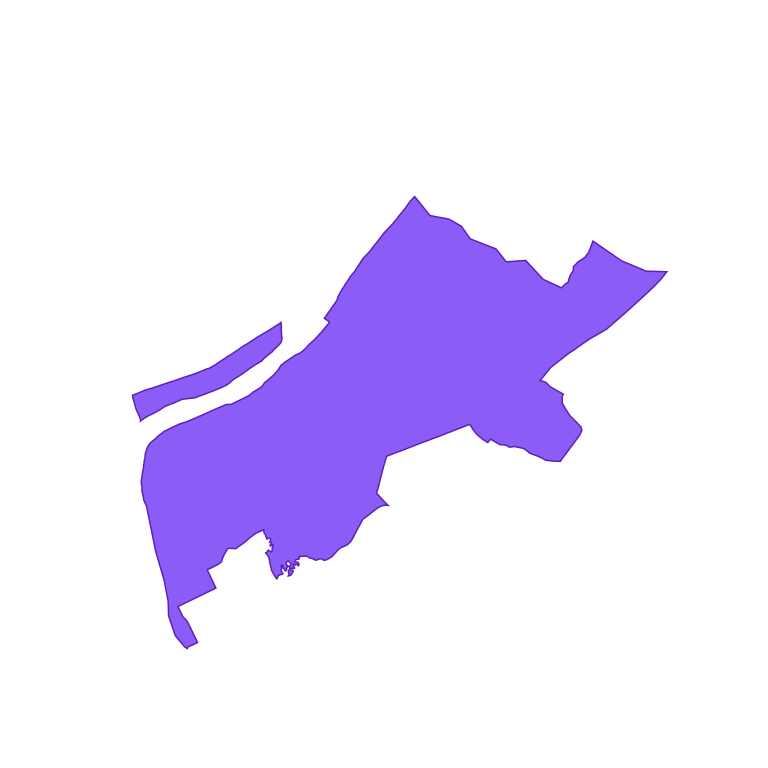 the district of Yangon (West), Yangon, Myanmar, rotated 62°
{"feature_id": "60261553B21361013305345", "entity_name": "Yangon (West)", "entity_type": "district", "adm_level": 2, "iso_a3": "MMR", "parent_name": "Myanmar", "parent_adm1": "Yangon", "projection": "natural_earth1", "projection_center": [96.146, 16.837], "detail": "fine", "context": "isolated", "style": "filled", "palette": "violet", "viewbox_px": 768, "rotation_deg": 62, "n_neighbors": 0, "source": "geoboundaries", "source_scale": "gbopen_adm2", "svg_char_len": 6167}
<svg xmlns="http://www.w3.org/2000/svg" viewBox="0 0 768 768"><g transform="rotate(62 384 384)"><path d="M417.7,81.6L407.4,99.6L386.5,116.6L355.9,132.4L363.6,141.1L366.6,147.3L367.2,155.0L369.4,161.7L370.6,162.5L371.7,163.0L373.3,164.4L374.3,166.7L375.6,168.7L377.7,171.0L379.5,172.7L380.6,173.5L380.8,176.7L381.4,179.0L382.4,182.1L366.4,194.3L341.4,200.9L333.5,218.7L317.3,221.7L296.4,239.7L281.1,241.6L269.0,249.2L256.9,264.3L232.9,268.9L235.3,276.0L236.5,278.1L237.1,279.5L238.8,282.7L239.6,284.7L242.8,292.3L244.2,295.0L247.6,303.8L248.6,307.2L250.8,313.4L254.5,321.4L257.3,328.1L259.9,333.5L261.2,337.1L263.1,343.0L263.6,344.2L264.3,345.5L266.4,349.0L269.3,354.5L270.9,357.1L272.7,361.7L273.6,363.8L275.6,367.1L277.8,371.4L279.2,373.7L281.2,377.4L285.2,383.5L286.9,385.1L288.3,386.8L291.1,392.2L291.8,393.8L293.1,396.2L294.7,399.4L298.0,405.9L303.7,403.0L304.5,404.4L308.6,414.2L311.9,423.7L313.6,430.2L314.5,433.3L315.6,436.0L316.8,440.7L317.0,441.9L317.2,443.7L316.9,449.3L317.2,451.4L318.2,461.1L319.2,466.3L321.6,470.3L324.1,476.6L325.0,480.5L325.8,483.4L326.2,485.7L326.9,489.2L327.9,490.9L329.1,493.5L329.8,503.9L330.8,508.3L330.7,514.9L330.1,528.9L328.1,532.7L327.0,544.9L325.9,561.5L325.7,563.0L325.6,565.6L324.7,575.6L323.4,582.7L322.8,593.2L322.8,596.9L322.6,600.1L323.9,607.9L325.1,611.9L326.1,617.3L327.6,620.6L329.2,623.1L331.1,625.0L331.9,626.0L333.4,627.4L338.3,630.6L338.8,631.5L341.1,632.9L342.6,634.2L345.0,635.6L346.2,636.7L349.6,639.4L352.9,641.7L355.7,643.9L358.3,645.2L361.8,646.1L363.4,647.4L365.9,648.2L371.0,649.6L374.0,650.6L380.6,651.1L424.7,664.2L454.3,670.3L474.8,676.7L487.7,683.1L508.2,686.4L522.4,683.5L525.8,681.8L524.2,681.8L524.7,670.0L502.1,669.1L498.8,669.6L495.1,670.8L493.5,670.8L483.7,670.4L485.3,628.3L480.5,628.0L467.1,627.4L464.9,627.1L465.2,624.7L465.4,616.7L465.3,614.7L464.7,610.9L462.8,609.2L461.1,607.3L459.5,605.0L455.9,599.4L456.1,598.4L459.7,592.3L458.3,580.9L456.9,575.4L455.7,567.9L455.7,565.9L456.2,559.5L456.2,558.6L457.7,559.3L459.8,559.9L460.7,559.5L461.7,559.4L462.3,559.7L463.3,559.9L464.9,559.9L465.8,560.3L466.0,559.7L465.9,558.8L466.0,557.8L467.2,557.1L468.0,556.9L468.7,557.5L469.6,558.8L470.1,559.3L470.5,558.4L471.8,558.0L472.3,558.9L472.5,559.8L473.0,560.3L473.7,560.3L473.8,559.7L473.2,559.0L473.2,558.1L473.9,557.4L474.6,557.6L475.0,558.2L475.4,558.9L476.0,559.5L477.3,560.1L478.2,560.7L479.4,561.9L479.5,562.5L479.1,562.8L478.3,562.8L477.7,563.6L477.2,563.9L476.5,564.1L476.5,564.9L477.2,565.7L477.7,566.5L477.5,567.7L478.5,567.7L480.6,567.1L481.3,567.1L483.3,567.2L485.0,567.6L487.8,568.6L489.3,569.0L495.4,570.6L496.3,570.7L497.1,570.8L502.5,570.6L505.1,570.3L505.8,570.0L505.2,569.4L504.5,568.1L503.9,567.8L503.4,567.0L503.8,565.7L503.5,565.0L504.4,563.2L503.8,562.2L503.2,562.1L501.5,562.5L500.8,562.5L500.2,562.1L499.6,562.0L499.0,561.3L498.6,560.7L496.5,560.5L496.2,559.9L496.7,559.5L496.5,558.8L498.4,559.1L498.8,559.6L500.4,558.7L500.9,559.0L501.6,559.2L502.2,559.1L502.8,558.7L502.9,557.9L501.8,556.7L501.0,556.7L500.2,555.8L500.2,555.0L500.3,554.2L499.7,554.1L498.9,554.8L498.0,554.8L496.1,554.4L495.6,553.8L495.2,552.4L495.4,551.5L497.4,550.9L498.8,550.7L499.3,550.5L500.1,551.4L500.4,552.2L500.6,553.5L501.1,553.2L501.8,553.2L502.7,554.0L503.7,555.3L504.9,556.7L505.7,556.9L506.3,556.8L506.8,557.1L507.5,557.4L508.5,558.7L508.7,558.1L509.1,556.3L508.6,555.0L508.2,554.3L507.2,552.8L506.6,552.0L505.9,552.2L505.3,552.8L504.7,553.2L504.1,552.9L503.6,552.1L503.4,551.3L504.3,550.9L504.7,550.1L504.8,549.5L504.2,549.2L501.7,549.2L501.0,548.8L500.5,548.1L500.9,547.5L501.5,547.3L502.2,547.3L502.1,546.3L502.8,545.4L503.5,545.1L504.1,545.2L504.3,544.6L503.7,544.1L502.9,543.6L502.0,543.5L501.0,543.7L500.4,544.6L499.2,545.7L498.6,545.9L497.7,545.1L497.7,544.2L498.0,543.1L498.5,542.2L498.7,541.5L498.3,540.8L497.8,540.5L497.1,540.3L496.5,540.1L496.7,539.2L497.8,537.2L499.6,533.2L500.1,532.7L502.9,531.1L504.3,529.3L507.4,527.1L507.8,526.3L508.0,525.3L508.0,524.0L508.3,522.9L508.9,521.4L509.5,520.8L511.1,520.1L511.6,519.6L512.0,518.3L512.3,516.7L512.3,515.2L512.0,511.0L509.3,503.5L508.4,500.6L508.3,499.6L508.3,498.7L508.7,493.8L508.7,492.1L508.6,491.1L507.6,487.9L507.3,487.0L506.8,486.1L505.4,483.8L501.4,478.1L496.2,470.2L493.5,466.3L493.0,462.4L490.9,450.8L490.5,448.1L490.4,445.1L490.6,443.0L491.3,440.5L492.4,438.2L493.0,437.4L488.9,438.7L476.7,441.9L473.1,438.0L468.3,433.8L457.1,423.5L449.1,415.7L449.9,408.0L451.1,399.4L452.9,384.1L453.8,376.2L454.3,373.6L454.9,367.9L455.3,365.1L455.9,361.4L456.5,355.6L459.6,329.5L460.1,327.1L464.4,326.9L467.9,326.5L471.8,325.7L474.9,324.6L477.7,323.4L479.5,322.7L484.4,319.9L482.8,315.8L492.0,310.1L493.5,307.5L494.5,306.2L495.8,304.6L498.4,303.2L499.3,301.5L500.3,298.4L502.8,295.3L506.2,291.3L508.6,289.7L513.1,288.0L516.5,285.2L518.7,283.1L521.9,280.5L527.2,277.0L531.7,270.6L535.1,264.6L534.7,264.1L521.2,235.5L517.8,231.0L514.3,230.3L509.1,231.7L499.4,234.7L491.6,235.4L484.6,235.6L479.0,232.8L477.1,230.4L469.8,235.2L464.4,238.6L458.5,240.3L454.2,244.5L449.2,232.5L447.6,228.7L443.5,205.5L443.2,200.4L442.4,195.4L440.8,181.9L440.1,161.9L434.0,135.6L428.2,113.0L425.0,101.1L421.5,90.2L417.7,81.6ZM302.4,616.4L302.1,614.8L301.7,611.7L301.5,606.4L301.7,602.2L301.6,593.3L301.2,590.7L301.0,587.6L301.5,582.3L302.0,579.9L302.7,569.3L307.4,557.6L310.1,536.6L310.7,530.8L310.9,527.5L311.0,522.6L310.4,519.3L309.3,514.8L309.3,513.9L309.0,511.4L309.0,508.7L308.4,503.6L307.5,497.1L306.7,490.1L306.2,480.8L305.3,478.9L304.0,473.1L303.0,467.3L301.9,465.4L301.7,463.7L300.4,459.2L299.1,455.6L297.8,454.2L296.4,453.0L294.6,452.1L292.5,451.4L290.4,450.3L288.0,449.4L285.5,447.8L281.4,446.0L281.7,448.5L281.9,452.6L282.1,454.3L282.6,460.8L282.9,468.2L283.1,470.6L283.1,473.7L283.4,475.8L284.2,485.3L284.3,486.5L284.3,487.5L284.6,491.4L285.0,494.6L285.3,496.3L285.8,502.6L286.0,503.6L286.3,507.0L286.2,509.4L286.8,512.6L286.7,514.2L287.1,516.4L287.3,519.6L287.8,523.2L288.0,529.5L288.1,531.9L287.5,533.1L286.4,544.4L285.4,550.6L283.9,559.3L282.5,568.6L281.5,574.0L278.6,591.6L277.2,598.3L276.6,605.6L275.9,611.4L278.7,612.3L285.3,613.7L288.9,614.6L299.5,615.4L301.6,615.9L302.4,616.4Z" fill="#8b5cf6" stroke="#5b21b6" stroke-width="1.5"/></g></svg>